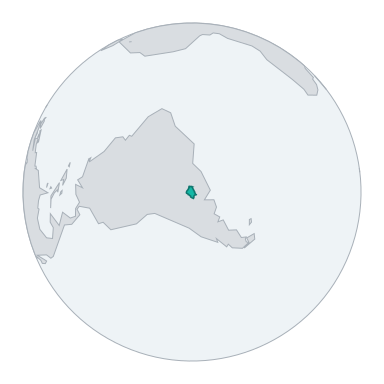 globe centered on Corrientes, rotated 294°
{"feature_id": "ARG-1308", "entity_name": "Corrientes", "entity_type": "Province", "adm_level": 1, "iso_a3": "ARG", "parent_name": "Argentina", "parent_adm1": "", "projection": "orthographic", "projection_center": [-57.567, -29.002], "detail": "fine", "context": "on_globe", "style": "filled", "palette": "teal", "viewbox_px": 384, "rotation_deg": 294, "n_neighbors": 0, "source": "natural_earth", "source_scale": "10m", "svg_char_len": 5091}
<svg xmlns="http://www.w3.org/2000/svg" viewBox="0 0 384 384"><g transform="rotate(294 192 192)"><circle cx="192" cy="192" r="169" fill="#eef3f6" stroke="#a8b0b8"/><path d="M142.4,30.5L151.6,28.2L150.0,29.0L151.8,29.4L155.1,28.2L155.0,27.6L161.7,26.0L160.7,26.0L162.2,25.7L174.8,23.9L174.3,24.0L176.4,23.9L181.8,23.4L185.1,23.7L195.2,24.6L195.4,25.1L187.4,26.1L175.4,26.6L164.9,29.7L177.6,27.0L177.9,29.0L180.5,29.3L183.9,29.0L186.1,28.1L187.4,28.9L175.4,31.4L174.0,30.7L177.8,29.8L172.2,30.3L164.1,32.8L164.9,34.0L151.8,37.9L152.2,39.0L149.6,40.7L149.8,38.6L149.2,42.8L133.9,51.0L132.7,60.7L127.5,54.5L121.7,55.3L114.5,57.7L114.2,59.2L105.2,61.4L96.0,68.2L91.0,77.8L92.8,83.5L103.0,79.8L106.8,74.7L114.6,71.4L107.4,84.3L120.9,82.0L118.7,91.4L122.4,95.4L129.6,92.4L136.9,93.4L142.6,86.9L151.6,82.6L151.3,90.3L156.6,82.6L161.4,85.8L179.5,84.3L178.0,86.1L193.2,95.2L210.3,100.0L214.3,106.4L212.2,110.1L218.3,111.7L218.4,114.3L243.0,121.4L255.9,130.6L255.7,140.3L245.3,149.9L236.8,174.4L218.4,181.0L214.4,191.9L201.1,208.0L189.9,206.5L193.8,215.2L188.2,220.5L181.1,221.1L180.5,227.5L175.3,227.8L179.2,231.9L172.0,241.0L175.5,248.0L170.5,255.6L173.0,259.8L170.7,259.9L168.6,261.8L168.8,264.3L161.1,261.0L157.4,251.5L159.1,246.4L156.0,246.0L159.4,233.2L156.5,236.0L154.8,218.5L157.8,204.1L157.3,166.7L153.3,160.2L140.3,154.2L124.5,133.2L128.2,123.1L125.0,119.5L135.6,105.1L133.1,94.8L129.5,94.0L125.6,98.8L113.6,95.3L110.0,88.9L76.7,91.5L74.1,90.0L75.4,84.7L71.3,76.4L69.8,87.3L66.9,87.1L65.9,84.3L68.1,81.7L69.7,76.8L68.0,77.5L70.6,74.5L79.3,66.1L88.7,58.3L98.6,51.2L108.9,44.9L119.7,39.3L130.9,34.5L142.4,30.5ZM131.1,64.7L146.7,67.1L137.2,69.5L139.1,68.1L135.3,66.6L128.0,66.2L119.8,69.4L131.1,64.7ZM139.7,57.1L136.9,57.3L139.7,56.7L139.7,57.1ZM174.5,268.5L162.0,262.5L168.8,264.9L172.3,260.7L179.3,265.7L174.5,268.5ZM185.4,257.7L190.2,255.6L191.7,256.8L188.7,258.6L185.4,257.7ZM321.7,83.8L322.1,84.2L322.8,85.0L330.3,95.0L337.1,105.5L343.1,116.4L348.3,127.8L352.6,139.6L356.1,151.6L358.6,163.8L360.2,176.2L360.9,188.7L360.7,201.2L359.6,213.6L357.5,225.9L354.6,238.1L352.9,243.5L350.9,245.2L346.0,256.3L344.2,256.3L340.8,262.1L336.5,265.5L331.2,266.6L327.7,258.5L331.4,252.4L335.7,237.7L343.3,206.5L348.4,197.0L349.8,187.4L346.8,162.0L347.7,152.6L345.9,146.6L342.7,144.5L340.1,137.5L337.8,135.5L320.3,127.8L312.4,117.7L296.9,93.7L298.2,87.7L294.0,79.2L299.5,64.4L305.7,68.9L314.4,75.5L321.7,83.8ZM300.3,62.3L303.6,66.5L300.1,64.6L293.5,60.1L284.0,51.2L292.9,56.5L291.3,55.3L300.3,62.3ZM303.5,73.5L304.8,75.7L303.5,73.5ZM180.1,84.1L182.2,85.6L179.3,85.7L180.1,84.1ZM135.5,72.5L138.9,72.0L140.6,72.7L137.9,73.6L135.5,72.5ZM165.5,68.5L169.6,68.7L165.1,69.6L165.5,68.5ZM149.2,67.5L162.1,68.6L153.5,71.5L145.4,71.1L151.2,69.7L149.2,67.5ZM137.3,60.9L139.4,60.9L138.5,62.2L137.3,60.9ZM141.7,56.8L140.9,57.0L140.0,56.4L141.7,56.8ZM178.7,28.9L179.7,28.7L183.0,28.6L181.1,29.1L178.7,28.9ZM199.4,27.2L201.1,28.5L198.6,27.6L196.4,28.2L188.3,27.5L195.1,25.3L193.5,26.3L199.4,27.2ZM179.5,26.5L183.8,26.8L178.8,26.6L179.5,26.5ZM212.6,24.3L209.5,23.9L212.6,24.3ZM281.8,335.1L278.3,337.2L279.9,336.2L281.8,335.1ZM340.5,272.7L340.2,273.1L342.0,269.4L345.8,261.7L348.1,256.6L340.5,272.7Z" fill="#d9dde1" stroke="#a8b0b8" stroke-width="1"/><path d="M190.2,186.9L190.5,186.9L190.8,186.9L191.0,186.9L191.2,187.0L191.4,187.0L191.6,187.1L192.1,187.3L192.5,187.3L192.9,187.4L192.9,187.5L193.0,187.5L193.3,187.5L193.5,187.4L193.8,187.4L194.0,187.5L194.3,187.5L194.4,187.4L194.5,187.4L194.8,187.6L195.0,187.8L195.2,187.7L195.3,187.6L195.4,187.4L195.4,187.2L195.5,187.2L195.8,187.0L196.1,187.1L196.1,187.3L196.1,187.5L196.4,188.2L196.5,188.3L196.5,188.7L196.5,188.8L196.6,189.0L196.8,189.3L197.0,189.5L196.9,189.7L196.7,189.7L196.7,189.8L196.8,189.9L196.9,190.0L196.9,190.3L196.8,190.2L196.7,190.1L196.4,190.1L196.3,190.3L196.3,190.5L196.2,190.5L196.0,190.8L195.8,191.0L195.6,191.3L195.4,191.3L195.3,191.7L195.2,191.8L195.0,192.0L194.9,192.2L194.7,192.3L194.4,192.5L194.3,192.8L194.3,193.0L194.2,193.0L194.0,193.3L193.9,193.3L193.7,193.6L193.5,193.8L193.4,194.0L193.2,194.2L193.2,194.3L192.9,194.3L192.7,194.4L192.7,194.5L192.6,194.8L192.4,195.1L192.2,195.4L192.0,195.5L191.9,195.5L191.8,195.8L191.3,196.4L191.2,196.5L191.2,196.8L191.3,196.9L191.3,197.0L191.2,197.0L190.9,196.7L190.8,196.4L190.8,196.2L190.7,196.2L190.4,195.9L190.3,195.7L190.2,195.6L189.7,195.5L189.5,195.4L189.4,195.4L189.0,195.5L188.9,195.6L188.7,195.6L188.4,195.6L188.2,195.6L188.0,195.8L187.9,195.9L187.7,196.0L187.5,195.9L187.4,195.9L187.2,195.9L186.9,196.0L186.7,196.0L186.6,195.9L186.7,195.7L186.7,195.4L186.8,195.2L186.7,194.8L186.6,194.6L186.7,194.3L186.8,193.9L186.8,193.3L186.8,193.2L186.9,192.8L186.9,192.7L187.0,192.6L187.4,192.5L187.5,192.4L187.7,192.2L187.8,192.2L187.8,191.8L187.8,191.7L187.9,191.4L187.9,191.2L188.0,191.0L188.1,190.9L188.1,190.6L188.1,190.3L188.1,190.2L188.1,189.9L188.0,189.7L188.2,189.4L188.3,189.4L188.5,189.3L188.6,189.2L188.7,188.8L188.7,188.6L188.7,188.4L188.7,188.2L188.6,187.9L188.6,187.7L188.8,187.3L189.1,187.2L189.3,187.0L189.5,186.9L190.2,186.9Z" fill="#14b8a6" stroke="#0f766e" stroke-width="1.5"/></g></svg>